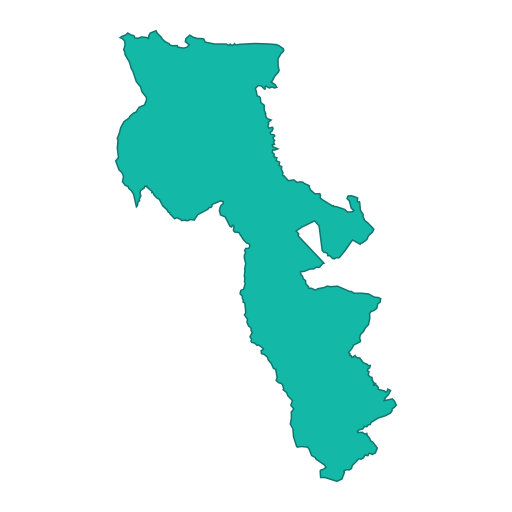 outline of Molango de Escamilla, Hidalgo, Mexico
{"feature_id": "50627088B53777409905176", "entity_name": "Molango de Escamilla", "entity_type": "district", "adm_level": 2, "iso_a3": "MEX", "parent_name": "Mexico", "parent_adm1": "Hidalgo", "projection": "orthographic", "projection_center": [-98.759, 20.849], "detail": "fine", "context": "isolated", "style": "filled", "palette": "teal", "viewbox_px": 512, "rotation_deg": 0, "n_neighbors": 0, "source": "geoboundaries", "source_scale": "gbopen_adm2", "svg_char_len": 6041}
<svg xmlns="http://www.w3.org/2000/svg" viewBox="0 0 512 512"><path d="M251.7,342.4L254.7,343.1L257.0,345.3L258.8,345.0L263.4,348.6L263.5,349.1L261.1,350.7L261.5,353.7L263.9,354.2L266.8,356.5L267.7,357.5L268.2,359.9L271.2,363.4L273.5,368.4L275.7,369.3L277.1,377.6L276.2,380.5L278.7,382.7L281.3,383.5L282.5,384.6L283.7,388.8L283.1,389.7L286.7,392.6L287.8,395.7L292.5,400.7L290.8,405.2L293.6,408.7L293.6,409.4L291.3,411.9L291.4,418.2L290.3,424.1L292.9,428.7L293.5,436.7L296.7,446.6L297.5,447.1L301.3,446.5L307.6,447.1L309.3,449.5L311.6,455.5L315.3,457.5L315.9,459.1L324.1,464.7L326.1,467.2L323.8,469.0L320.6,470.2L320.2,471.0L320.6,477.5L325.3,477.6L336.9,481.3L341.9,479.1L344.4,472.4L343.9,470.9L346.5,469.7L349.2,469.9L351.5,468.5L352.2,465.6L358.8,458.8L361.3,459.1L363.8,457.6L364.4,455.7L365.7,454.8L366.9,455.6L368.0,455.6L368.8,453.4L369.8,453.3L372.2,454.5L375.4,452.9L377.3,448.0L372.6,441.9L370.6,440.9L369.6,438.2L367.2,435.4L366.8,433.4L364.8,434.1L362.4,432.3L357.8,432.5L357.3,431.8L359.0,429.9L362.7,429.0L364.0,427.3L364.2,426.2L366.3,426.8L367.4,426.2L368.1,424.8L370.3,424.5L370.9,422.6L378.0,418.1L385.3,415.8L390.4,413.1L391.7,411.5L392.4,408.5L394.2,407.5L396.3,405.1L394.7,401.6L392.5,398.9L384.1,400.7L385.3,397.9L388.3,394.7L390.6,390.6L387.9,389.1L386.9,391.7L385.5,392.1L384.5,390.9L378.5,389.5L377.9,388.2L378.2,387.2L376.1,384.9L373.7,385.1L373.8,384.4L375.3,383.4L373.2,382.5L373.1,381.2L371.9,380.1L372.4,379.1L371.9,377.4L370.1,376.9L368.2,375.0L369.0,371.8L367.5,371.0L367.9,368.9L369.6,368.0L370.3,365.5L368.3,365.6L367.3,364.4L363.3,362.7L360.0,358.3L358.6,357.6L357.2,357.8L355.8,356.9L355.0,355.5L352.1,357.6L351.1,355.7L349.6,355.5L350.1,353.9L348.5,352.5L351.4,349.2L353.8,345.0L360.1,341.8L360.5,340.8L359.6,338.0L360.4,334.6L363.5,331.5L365.3,328.0L368.4,324.7L369.8,318.4L369.6,313.5L371.0,311.6L374.0,310.5L376.8,308.3L377.8,303.7L380.2,302.1L380.7,298.7L378.3,297.5L374.4,297.2L368.4,293.9L361.1,293.2L354.0,293.2L351.2,291.4L349.4,291.4L337.6,286.2L330.6,286.7L327.2,286.1L324.4,287.5L317.9,288.7L315.5,290.2L311.6,288.3L308.6,288.3L308.5,286.7L305.7,283.7L305.6,280.7L303.3,278.8L302.4,276.0L300.9,274.4L300.5,271.6L304.2,271.4L310.2,269.0L313.4,269.0L317.0,266.9L318.4,267.5L319.9,267.0L322.5,263.8L324.0,263.2L298.0,235.7L298.8,234.0L296.1,231.0L302.2,226.9L314.6,220.9L319.1,225.9L322.2,250.5L324.0,252.3L326.6,252.8L327.5,253.6L327.7,255.6L330.0,255.8L332.7,258.6L334.5,258.8L335.9,257.7L338.5,257.9L339.7,257.2L345.0,250.7L352.5,239.9L360.2,244.3L360.7,243.4L362.6,242.7L366.8,239.6L368.5,235.6L372.5,232.2L373.8,229.1L367.4,222.5L364.6,220.5L363.0,216.2L363.2,214.7L360.4,210.1L359.7,202.4L359.4,201.7L358.1,202.1L357.2,201.0L357.7,198.2L357.2,197.7L351.7,195.8L348.3,195.9L347.7,196.5L347.0,198.5L349.5,201.2L351.2,208.1L353.9,210.5L352.0,211.9L347.4,212.0L344.9,209.5L336.9,206.8L333.5,206.4L333.4,205.7L332.1,205.7L323.0,200.1L320.2,198.0L320.4,195.2L319.8,193.7L315.0,193.9L310.5,189.9L309.2,187.0L309.3,185.8L308.7,185.4L304.2,183.4L303.3,182.4L300.6,181.8L297.0,182.4L293.9,179.9L288.3,180.7L284.0,175.8L282.8,175.6L282.5,174.5L283.0,172.8L281.4,169.3L281.7,166.5L279.1,165.6L279.6,162.1L276.1,160.7L276.9,157.8L273.9,156.7L274.2,154.2L272.3,152.4L272.7,149.9L274.6,150.1L277.8,148.9L272.9,146.8L272.3,144.7L274.5,144.4L273.5,141.9L274.6,140.4L273.3,139.0L273.1,137.6L274.7,135.9L274.0,134.7L270.7,134.3L270.1,132.6L272.3,130.7L273.1,128.1L272.2,127.2L268.8,128.2L267.9,126.3L268.7,123.9L268.2,122.4L271.1,120.0L267.6,118.8L266.2,117.3L265.3,113.7L265.7,113.5L264.3,110.5L264.1,105.1L260.9,102.7L260.2,97.7L259.3,96.6L257.0,95.8L256.3,91.1L255.4,89.2L255.6,88.2L258.1,85.6L261.3,85.9L264.4,89.1L265.2,88.9L264.9,87.0L265.6,86.1L269.4,88.0L272.0,86.8L274.4,88.0L276.8,87.3L275.1,84.6L271.1,82.0L272.3,80.9L274.8,76.1L278.3,72.2L279.1,70.4L278.1,65.6L278.0,58.8L281.1,53.4L282.7,52.2L283.8,50.3L283.2,48.6L278.7,45.5L276.4,44.6L269.0,44.0L255.1,43.5L239.7,44.3L236.3,44.9L235.2,44.8L234.6,43.7L232.2,45.6L230.2,44.1L229.2,45.5L226.2,44.0L214.5,44.0L205.1,42.1L203.9,39.2L202.9,38.7L197.1,38.4L192.9,37.1L189.8,35.1L185.9,38.6L185.3,41.6L189.1,44.8L187.2,47.2L183.7,48.1L177.8,47.2L177.3,45.6L172.4,45.7L170.0,45.1L169.0,43.6L165.4,41.8L162.1,38.9L161.3,37.2L157.2,33.2L156.0,30.7L150.2,33.1L148.9,35.3L148.5,38.4L146.6,37.5L141.5,36.9L137.9,38.4L137.1,38.0L134.9,38.2L134.4,36.4L133.5,35.6L130.9,34.9L127.8,33.0L125.6,35.0L122.0,36.3L120.2,37.7L121.9,38.3L124.8,41.1L125.0,45.4L123.7,49.6L125.0,52.7L125.0,54.5L129.6,62.4L131.2,68.4L132.9,71.4L136.3,81.6L140.5,86.8L142.0,91.8L146.3,97.3L146.5,99.9L144.5,105.0L139.2,107.2L135.9,112.2L133.5,113.1L129.9,116.3L128.9,118.2L123.9,121.7L120.6,127.9L119.5,132.8L117.2,138.6L118.0,140.1L117.3,148.2L118.5,157.6L115.7,160.9L119.0,169.9L121.9,172.6L123.5,176.2L122.5,181.8L125.3,185.4L128.1,186.5L128.7,188.4L131.3,190.6L133.6,194.3L136.4,206.8L137.4,205.6L138.0,202.0L139.6,200.7L139.3,198.9L140.9,195.9L140.1,193.7L140.3,190.8L144.3,187.9L144.6,186.3L146.8,186.3L146.7,186.8L152.1,191.5L151.9,192.3L152.5,192.0L154.2,195.2L157.3,198.3L159.3,199.2L162.7,205.8L167.0,209.8L168.3,212.1L169.5,212.6L169.8,213.6L174.6,218.7L176.9,217.6L180.4,219.3L181.6,220.6L185.5,220.1L186.1,220.7L187.9,220.6L190.3,219.5L194.2,220.1L197.7,214.7L207.8,209.3L209.2,207.6L210.8,207.4L211.9,206.5L211.9,204.9L212.8,204.1L220.6,200.9L223.4,201.8L223.1,203.6L221.2,205.3L220.0,207.7L219.4,210.6L220.5,214.9L225.2,216.9L230.0,226.3L231.7,227.0L232.2,225.4L232.8,225.2L234.1,226.4L233.4,230.0L233.9,231.3L234.9,232.1L238.8,232.5L243.5,239.8L246.5,242.9L249.4,244.1L249.7,245.3L249.6,246.8L248.7,248.3L245.7,248.5L244.6,250.5L245.6,252.4L244.4,255.3L244.3,257.7L245.7,263.6L244.6,269.2L245.0,270.4L244.3,276.0L244.8,277.9L244.5,281.8L245.3,283.4L243.6,289.1L240.8,290.5L240.1,293.4L240.3,294.2L242.3,295.9L242.4,298.5L243.4,300.3L243.0,302.0L244.8,303.0L245.8,312.7L244.4,314.8L247.5,319.3L247.0,322.3L248.5,325.9L250.1,327.0L251.3,328.9L251.0,330.2L252.2,332.5L250.0,336.8L251.4,339.0L251.1,341.3L251.7,342.4Z" fill="#14b8a6" stroke="#0f766e" stroke-width="1.5"/></svg>